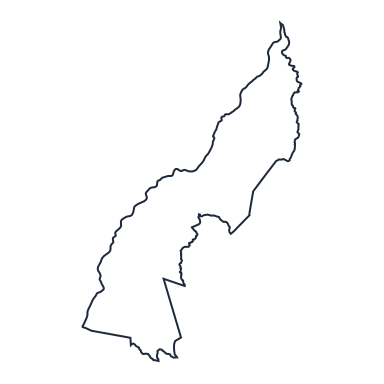 Xique-Xique, Bahia, Brazil
{"feature_id": "56859067B66564392047152", "entity_name": "Xique-Xique", "entity_type": "district", "adm_level": 2, "iso_a3": "BRA", "parent_name": "Brazil", "parent_adm1": "Bahia", "projection": "mercator", "projection_center": [-42.742, -10.906], "detail": "fine", "context": "isolated", "style": "outline", "palette": "slate", "viewbox_px": 384, "rotation_deg": 0, "n_neighbors": 0, "source": "geoboundaries", "source_scale": "gbopen_adm2", "svg_char_len": 5987}
<svg xmlns="http://www.w3.org/2000/svg" viewBox="0 0 384 384"><path d="M82.7,327.1L85.1,327.8L91.7,330.8L130.4,337.8L130.9,345.1L132.1,343.9L133.4,343.6L135.0,344.6L135.5,345.5L136.1,346.1L138.0,347.1L139.1,347.8L139.2,348.7L139.6,349.5L140.4,350.0L140.9,351.0L141.0,351.9L142.5,353.7L143.3,354.0L145.5,353.7L147.2,353.8L148.1,354.0L148.5,354.7L149.8,356.0L150.4,357.4L150.9,358.0L151.6,358.4L152.9,359.2L153.4,360.0L156.1,360.4L158.5,361.0L158.3,359.1L157.3,357.9L157.0,357.1L157.0,355.3L157.6,353.1L157.5,351.1L159.5,349.3L161.7,349.6L162.8,350.9L163.5,351.1L164.7,352.3L165.3,352.7L165.8,353.4L167.7,354.0L168.4,353.9L170.1,354.4L170.8,356.2L172.1,356.7L173.4,357.6L177.0,357.4L176.1,356.0L174.7,354.3L174.1,349.8L174.0,347.0L174.1,344.5L174.6,342.5L175.2,341.0L181.0,337.5L163.6,278.8L184.7,286.0L184.8,285.1L184.5,284.3L183.8,283.8L183.1,281.8L183.1,280.5L182.3,280.1L181.7,279.5L181.0,277.7L181.2,276.5L181.0,275.3L181.5,274.8L181.3,272.8L180.3,272.7L179.9,272.0L180.5,271.4L181.1,268.6L180.3,267.9L180.7,267.1L180.5,266.2L179.5,265.1L179.5,264.2L180.1,263.4L180.9,263.1L181.9,260.6L181.8,259.9L181.3,259.4L181.0,258.6L181.3,257.5L181.0,255.5L181.3,254.6L180.9,253.8L181.1,252.8L181.1,251.8L180.7,251.3L180.7,250.6L182.2,248.8L182.6,248.1L184.6,246.8L185.6,246.9L187.2,246.7L188.4,246.9L189.7,245.4L189.0,243.8L189.3,242.9L190.3,242.9L190.9,242.6L191.4,242.0L192.3,241.9L192.8,241.3L192.7,240.5L192.8,239.6L193.6,239.3L194.3,239.5L194.8,239.0L195.5,238.3L196.1,237.2L195.9,236.2L197.2,235.3L197.4,234.3L196.4,232.9L196.3,232.0L195.0,230.8L194.1,230.3L193.0,228.6L192.4,228.2L191.9,227.3L198.4,224.5L199.5,223.7L200.1,222.8L200.2,222.0L199.7,219.4L198.4,217.4L198.9,215.5L199.0,214.3L200.0,214.6L200.0,215.6L200.4,216.2L201.1,216.4L202.1,216.2L203.8,215.2L207.5,214.6L211.1,215.6L214.0,215.5L217.5,216.7L218.4,216.8L219.1,217.2L220.2,219.3L221.7,220.6L223.8,222.0L225.2,221.7L225.9,222.0L226.9,222.5L227.5,223.2L228.2,224.4L228.4,225.2L229.0,226.3L229.7,227.0L229.7,227.8L229.2,230.0L229.2,231.0L229.7,232.5L230.8,233.8L233.4,231.7L249.6,215.1L249.4,214.3L249.4,213.4L253.2,191.3L266.9,173.1L276.3,160.8L277.4,160.5L278.3,160.0L278.7,159.5L281.5,159.6L283.5,159.0L287.8,161.2L288.7,161.0L289.6,160.3L289.8,158.8L290.7,157.8L291.7,155.4L291.8,154.7L293.1,152.1L294.2,150.7L294.7,149.2L295.0,145.3L294.7,144.5L295.1,143.9L295.0,143.1L294.5,142.4L294.8,141.5L294.9,140.1L295.3,139.3L298.1,137.6L298.5,136.8L299.3,134.1L298.7,133.6L297.4,132.0L298.5,129.3L298.3,127.5L298.7,126.1L298.3,125.1L298.7,124.1L298.0,123.4L297.3,122.9L296.7,121.9L297.0,121.1L297.5,120.6L297.4,119.7L297.8,117.3L297.6,116.3L297.1,115.4L296.3,114.6L295.7,113.7L296.1,113.0L295.8,112.3L295.0,111.6L294.6,110.9L294.7,109.9L295.3,108.6L294.8,108.0L294.1,108.0L293.5,107.5L293.0,106.9L293.0,106.1L292.6,105.3L291.9,104.8L291.7,103.9L291.7,101.2L291.3,99.1L292.4,95.9L293.1,95.3L293.3,94.2L293.9,93.3L294.7,92.4L295.4,92.5L296.3,92.3L297.9,92.3L298.7,91.6L297.7,91.0L297.9,90.3L298.5,89.8L298.6,88.1L300.4,86.3L300.0,85.5L300.4,84.8L301.4,84.0L301.0,83.3L298.0,81.9L297.3,81.5L296.7,80.4L296.6,78.0L296.9,77.3L298.0,76.8L297.9,75.5L297.2,74.2L297.2,73.4L297.8,72.3L297.2,71.7L294.5,71.0L293.2,70.1L292.7,69.1L293.2,68.3L294.4,67.3L294.3,66.2L293.3,65.9L292.1,65.9L290.1,65.3L289.4,65.0L288.9,64.1L290.2,61.5L290.5,60.4L290.4,59.6L290.0,58.8L289.2,58.2L288.5,57.8L287.0,58.0L286.1,57.6L285.7,55.8L283.9,55.2L283.1,54.5L281.9,52.8L282.0,51.7L282.4,50.7L284.9,49.8L285.9,49.0L286.6,48.1L288.6,45.1L289.0,44.1L289.2,42.4L288.9,40.8L288.3,39.2L287.9,37.8L287.1,37.0L286.2,36.9L285.0,34.4L284.8,32.9L284.3,32.1L284.4,30.3L284.1,29.5L283.8,27.7L282.7,24.8L281.3,23.9L280.3,23.0L281.0,26.9L280.9,28.8L280.2,31.8L280.4,34.1L280.9,37.0L280.8,38.0L280.5,38.9L277.7,41.5L276.9,41.8L275.9,41.8L274.6,42.1L273.5,42.7L272.9,43.3L269.8,48.2L269.2,48.8L268.6,50.0L268.2,51.4L268.0,52.4L268.1,53.7L269.0,57.3L269.0,60.0L267.9,66.1L267.3,68.0L266.7,69.1L263.4,71.9L262.1,73.8L260.4,75.3L259.0,76.1L257.2,76.7L256.3,77.4L255.7,78.2L253.2,80.1L251.7,81.6L250.4,82.5L248.0,84.7L246.0,87.4L242.7,89.5L241.2,92.0L240.4,93.9L240.2,95.3L240.7,100.2L240.4,103.3L239.8,105.5L238.5,107.2L234.5,110.1L234.0,110.8L230.0,113.5L228.9,114.2L228.1,114.3L225.7,114.2L225.1,114.6L224.7,115.1L224.4,116.0L223.8,116.4L222.3,116.6L221.6,117.1L221.3,118.0L221.7,119.4L221.7,120.3L221.2,120.8L219.0,122.0L218.4,122.8L217.4,125.6L216.4,129.0L215.9,130.1L214.8,131.8L214.1,133.8L213.1,135.8L213.1,136.6L214.0,137.2L214.3,137.9L214.2,138.8L212.9,141.7L212.7,144.2L211.8,146.9L210.1,150.4L208.3,153.6L206.3,155.7L205.3,157.0L203.7,160.5L201.9,163.0L198.9,166.2L196.7,169.3L195.9,170.1L193.9,171.0L193.0,171.3L191.9,171.5L188.6,171.3L185.3,170.0L184.4,169.9L183.4,170.1L181.9,170.9L181.1,171.1L179.5,170.5L177.5,169.0L176.7,168.9L175.9,169.0L175.3,169.3L174.6,170.0L173.8,171.5L172.9,174.5L172.5,175.2L172.0,175.7L170.9,176.0L168.1,176.0L162.7,177.6L161.8,178.1L160.5,179.5L159.8,180.1L158.1,180.7L157.6,181.2L157.3,182.2L156.9,185.4L156.4,186.2L155.7,186.7L154.9,187.1L151.4,187.6L149.9,188.3L146.4,192.1L145.9,192.9L145.8,193.7L145.9,194.4L146.9,197.3L146.5,199.0L145.9,199.8L145.0,200.6L144.0,201.3L138.2,203.9L135.0,206.0L134.5,206.6L134.0,208.3L133.5,211.1L133.0,213.0L131.7,215.1L130.2,216.0L127.4,216.5L125.9,217.0L122.5,219.1L121.8,219.8L121.2,220.6L120.9,221.6L121.1,225.5L120.9,226.5L120.5,227.2L119.2,228.7L115.8,231.6L115.3,232.8L115.3,234.0L115.7,235.0L115.6,235.9L113.1,237.8L112.9,238.7L112.9,239.8L113.3,241.6L113.3,242.3L111.1,244.9L110.6,246.0L110.5,249.2L110.3,250.4L109.2,252.2L104.0,256.0L102.4,257.8L101.5,259.5L100.7,262.1L98.4,266.1L97.8,268.1L97.8,269.6L98.2,270.7L99.8,273.3L100.5,275.3L100.6,276.2L100.4,276.9L99.9,277.9L99.7,279.1L99.8,279.9L100.6,281.1L101.5,283.4L103.6,287.3L103.8,288.4L103.7,289.1L102.8,290.2L100.5,291.9L97.7,292.9L96.9,293.4L95.7,295.9L93.9,298.1L92.5,300.4L90.6,304.8L88.3,309.4L87.4,312.1L87.5,314.8L87.1,316.6L86.5,318.2L83.6,324.5L82.6,326.1L82.7,327.1Z" fill="none" stroke="#1e293b" stroke-width="2"/></svg>